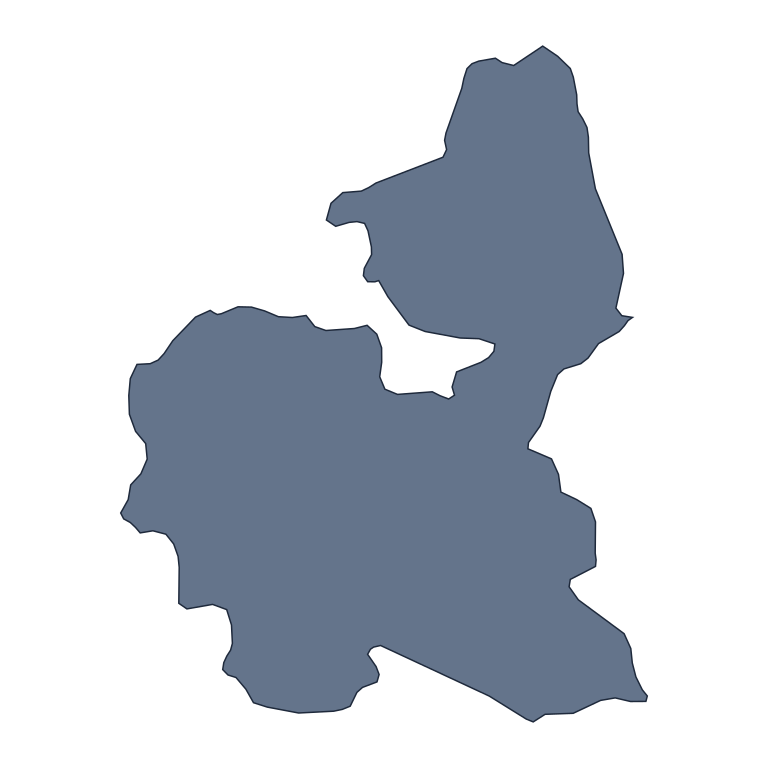 the State of Bauchi
{"feature_id": "NGA-2858", "entity_name": "Bauchi", "entity_type": "State", "adm_level": 1, "iso_a3": "NGA", "parent_name": "Nigeria", "parent_adm1": "", "projection": "albers", "projection_center": [9.972, 11.0], "detail": "fine", "context": "isolated", "style": "filled", "palette": "slate", "viewbox_px": 768, "rotation_deg": 0, "n_neighbors": 0, "source": "natural_earth", "source_scale": "10m", "svg_char_len": 2231}
<svg xmlns="http://www.w3.org/2000/svg" viewBox="0 0 768 768"><path d="M630.5,701.5L615.2,697.9L600.6,700.4L573.2,713.3L545.1,714.3L533.2,721.9L526.3,719.1L489.3,696.1L380.6,645.5L373.6,647.1L370.5,649.2L367.6,654.3L376.1,666.6L379.1,674.5L377.0,681.9L362.5,687.4L356.9,692.4L350.2,706.2L342.3,709.4L333.7,711.2L298.6,713.0L267.3,707.1L253.5,702.7L245.9,689.2L236.0,677.5L228.0,675.0L222.7,669.6L223.8,662.6L226.8,656.1L230.6,650.1L232.4,643.4L231.5,625.0L226.7,609.6L212.6,604.4L186.9,608.9L178.8,603.3L179.2,567.4L178.1,556.4L173.7,544.0L165.9,534.2L152.9,530.8L140.2,532.9L135.5,527.4L130.3,522.5L123.7,518.9L120.7,513.0L128.2,499.6L130.7,484.9L140.9,473.8L147.2,459.1L145.7,443.6L135.6,431.4L129.4,414.3L128.8,395.5L130.3,378.6L137.0,364.4L150.2,363.7L158.1,360.1L164.1,353.6L172.8,340.7L195.5,317.1L210.2,310.4L213.5,312.6L217.3,314.5L221.4,313.7L238.0,306.8L251.5,307.1L264.6,310.9L278.4,316.7L292.4,317.5L306.1,315.5L314.8,326.6L325.9,330.5L354.4,328.5L367.1,325.3L376.8,334.2L381.6,347.8L381.7,362.3L379.7,376.8L384.9,389.2L397.5,394.4L432.3,391.8L440.0,395.7L448.6,399.0L454.5,395.2L452.1,387.0L456.6,371.9L481.0,362.3L488.6,357.6L493.9,351.3L494.9,344.0L479.0,338.7L460.2,338.0L425.1,331.5L409.0,325.1L387.9,296.7L378.7,280.6L374.9,281.8L367.7,281.7L363.4,275.7L364.3,268.3L371.6,254.6L371.4,246.9L368.0,230.8L364.6,223.4L357.0,221.6L349.1,222.4L335.7,226.3L326.4,220.0L331.0,203.3L342.8,192.6L361.3,191.1L368.7,187.6L376.0,183.0L443.0,157.2L446.6,149.6L444.6,140.3L446.0,133.0L461.8,88.3L463.9,78.3L467.0,68.6L472.0,63.7L478.8,61.1L495.4,58.2L502.1,62.6L513.7,65.5L542.7,46.1L557.7,56.3L570.3,68.5L573.3,77.1L576.7,94.8L577.0,103.8L578.1,111.7L582.7,118.8L587.0,127.5L588.4,137.2L588.7,152.9L595.4,188.8L622.1,254.3L623.5,273.4L615.9,308.1L621.8,315.7L632.5,317.4L628.0,320.6L624.4,325.7L619.2,331.5L598.5,343.6L588.0,358.1L580.8,363.7L564.0,368.9L557.6,374.6L550.8,391.3L543.4,417.8L540.0,426.2L528.5,442.5L527.9,448.8L551.5,458.9L558.5,474.4L560.9,492.1L576.7,499.6L590.9,508.4L595.5,521.9L595.2,553.2L596.1,559.9L595.5,566.4L570.3,579.4L569.1,586.8L578.3,599.8L624.1,633.7L630.8,648.5L632.3,663.0L635.9,676.9L642.3,689.8L647.3,696.0L645.9,701.4L630.5,701.5Z" fill="#64748b" stroke="#1e293b" stroke-width="1.5"/></svg>